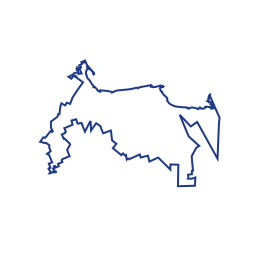 the district of Puerto Peñasco, Sonora, Mexico, rotated 158°
{"feature_id": "50627088B70846464748232", "entity_name": "Puerto Peñasco", "entity_type": "district", "adm_level": 2, "iso_a3": "MEX", "parent_name": "Mexico", "parent_adm1": "Sonora", "projection": "albers", "projection_center": [-113.36, 31.53], "detail": "fine", "context": "isolated", "style": "outline", "palette": "blue", "viewbox_px": 256, "rotation_deg": 158, "n_neighbors": 0, "source": "geoboundaries", "source_scale": "gbopen_adm2", "svg_char_len": 5516}
<svg xmlns="http://www.w3.org/2000/svg" viewBox="0 0 256 256"><g transform="rotate(158 128 128)"><path d="M217.7,115.4L216.7,115.1L213.6,115.5L213.6,114.8L212.4,114.8L212.3,114.2L211.2,114.2L211.2,114.7L212.0,114.8L212.0,116.0L212.6,116.0L212.6,118.4L211.3,118.4L211.2,120.2L210.0,120.2L209.9,118.5L206.4,118.5L206.4,120.9L201.6,121.0L201.6,123.1L200.3,123.7L192.7,123.8L192.7,129.7L192.7,130.4L187.9,134.3L188.1,136.0L190.5,141.2L190.7,141.5L190.7,142.0L190.9,142.2L191.3,142.4L191.4,142.5L191.7,142.4L191.8,146.6L191.8,146.8L188.2,146.9L188.1,147.3L187.0,147.9L187.1,151.7L178.2,151.8L177.6,156.1L172.8,155.5L173.1,150.9L169.2,150.1L169.3,140.7L160.8,148.1L160.3,147.8L163.2,139.5L155.7,144.4L153.5,141.0L152.8,139.8L153.1,137.5L153.0,132.4L144.9,132.1L145.4,129.7L147.4,122.6L144.7,117.7L149.6,115.0L144.3,105.3L142.1,106.3L140.8,103.0L140.1,103.4L141.0,99.2L140.1,99.6L139.4,99.5L138.5,99.2L138.5,98.6L127.0,99.1L127.3,95.9L119.9,94.9L120.7,88.9L111.1,89.3L104.3,73.6L102.4,78.3L95.6,75.4L95.1,75.1L103.5,55.3L87.6,49.4L84.1,56.9L87.9,57.1L91.3,58.5L90.8,58.9L89.8,62.2L86.1,61.2L84.8,64.3L83.7,64.1L83.5,64.9L79.6,77.8L77.3,79.9L71.7,84.3L68.7,84.7L74.8,97.3L74.9,98.4L75.1,120.8L69.2,105.9L61.6,107.7L56.5,66.0L41.9,98.3L39.3,103.1L40.0,127.7L39.2,128.3L38.3,128.6L39.3,128.4L40.4,127.9L41.1,127.2L41.1,126.8L41.3,126.5L41.5,126.5L41.5,126.3L41.6,126.2L41.3,126.2L41.1,126.0L41.1,125.8L41.5,125.2L42.4,124.4L43.2,123.8L44.0,123.5L43.4,123.2L43.8,122.9L43.6,122.8L43.5,122.5L43.4,122.2L43.5,121.8L43.4,121.5L42.7,121.3L42.0,121.4L41.9,120.5L42.1,120.4L42.1,120.2L41.9,120.1L41.9,119.9L42.0,119.7L41.9,119.5L42.1,119.4L42.2,119.2L42.3,118.8L42.1,118.6L42.3,118.6L41.7,117.4L41.5,116.7L41.5,115.9L41.4,115.5L41.2,115.0L41.4,114.2L43.0,114.6L43.1,115.0L43.3,115.2L43.5,115.3L43.5,115.8L43.7,115.7L43.6,116.2L43.9,116.3L44.2,116.6L44.3,116.8L44.6,116.9L44.8,117.1L45.5,117.3L45.6,117.5L45.9,117.7L46.1,117.8L46.5,118.0L47.0,118.2L47.6,118.2L47.8,118.5L48.2,118.7L48.6,118.6L48.7,118.4L48.8,117.9L50.7,117.6L53.0,118.7L53.1,119.6L53.5,120.0L53.9,120.2L54.3,119.9L54.9,119.6L55.5,119.2L55.9,119.1L57.1,120.6L59.8,122.4L60.7,123.0L61.4,123.2L61.7,123.3L62.3,123.3L63.0,123.2L64.5,123.3L64.6,123.5L64.3,123.7L64.3,123.9L64.6,124.1L65.0,124.3L65.5,124.1L65.6,124.3L65.9,124.5L65.9,125.0L66.1,125.2L66.7,125.5L68.4,126.2L71.7,127.9L72.2,128.2L74.0,129.1L75.5,130.0L76.4,130.6L77.4,131.5L78.8,132.9L79.7,134.2L80.1,134.6L80.4,135.1L80.9,136.3L80.9,136.5L80.9,137.3L81.4,138.4L81.3,138.7L81.3,139.0L81.2,139.4L80.6,140.2L80.5,140.5L80.6,141.5L81.1,142.7L82.3,145.1L82.7,146.3L82.8,146.5L82.7,146.9L83.0,147.6L83.3,148.6L83.3,148.8L83.0,148.8L83.0,149.1L83.3,149.2L83.4,149.3L83.6,149.7L83.7,150.2L83.7,150.9L83.7,151.3L83.5,152.2L83.3,152.8L83.4,153.0L82.7,153.5L82.2,153.3L81.9,153.4L81.6,153.5L81.5,153.4L81.2,153.4L80.8,153.0L80.4,152.7L80.2,152.7L79.9,153.0L79.7,153.1L79.9,153.3L80.5,153.7L80.6,153.9L80.5,154.1L80.8,154.1L81.2,154.5L81.3,154.7L81.5,154.8L81.8,155.0L82.1,155.3L82.4,155.3L82.9,155.4L83.1,155.4L83.7,155.4L83.9,155.4L84.5,155.4L87.1,155.8L88.6,156.2L89.5,156.5L90.0,156.8L90.5,157.3L90.5,157.5L90.5,158.0L90.8,158.2L90.9,157.8L91.2,157.8L91.1,158.0L91.2,158.3L90.9,158.4L90.6,158.3L90.4,158.2L90.2,158.1L90.1,158.4L90.2,158.7L90.5,159.0L91.0,159.4L91.9,159.4L102.5,161.5L102.9,161.5L103.2,161.3L103.3,161.1L104.0,161.1L104.2,161.7L104.8,162.0L105.4,162.2L109.0,162.7L111.3,163.2L113.0,163.6L116.5,164.6L117.2,164.9L120.2,165.7L121.9,166.2L123.7,166.8L124.3,166.9L124.6,166.9L125.2,166.9L125.4,167.0L126.8,167.0L127.3,167.1L127.7,167.1L127.9,167.0L128.1,167.0L128.2,166.8L129.8,166.9L129.9,167.5L130.3,168.1L131.9,169.3L134.9,170.9L135.6,171.3L138.2,172.6L139.8,173.5L140.0,173.3L140.2,172.8L140.2,172.1L140.9,172.4L141.9,173.7L142.3,174.9L142.3,175.7L142.7,176.6L143.0,177.2L143.3,178.3L143.9,178.5L144.7,178.8L144.3,179.3L144.4,180.2L144.3,180.5L144.5,180.8L144.7,181.1L145.0,182.4L145.3,183.8L145.3,184.5L145.5,185.3L145.7,186.5L146.0,187.1L146.1,187.7L146.5,188.4L146.9,189.5L146.9,191.1L146.7,191.6L146.8,192.3L146.7,193.0L146.6,193.3L146.7,193.5L146.5,193.8L146.5,194.7L145.8,195.9L144.8,197.1L143.9,197.5L143.3,198.5L143.1,199.8L142.8,199.6L142.5,199.0L142.2,197.9L141.7,197.5L141.8,197.1L141.3,196.9L140.1,194.4L139.7,192.9L140.1,191.1L139.8,190.5L139.4,190.6L139.2,190.7L139.0,190.9L138.9,191.3L139.1,192.1L139.3,193.0L139.8,194.3L140.6,196.2L140.9,197.1L141.4,198.6L142.1,200.6L142.2,201.1L142.4,202.2L142.5,202.8L142.6,203.2L142.5,204.0L142.5,204.7L142.6,205.7L142.6,203.5L142.8,205.4L142.6,206.6L143.8,206.6L143.8,205.4L144.4,205.3L144.5,206.6L146.5,206.6L146.4,204.7L149.7,204.4L149.1,203.2L148.9,203.1L148.7,202.3L149.0,201.5L149.3,201.4L150.1,201.6L151.1,202.2L151.7,202.7L151.8,203.0L152.2,203.2L152.2,202.2L153.6,202.2L153.6,200.8L151.8,200.4L151.8,200.6L150.8,200.1L150.7,198.8L150.6,198.3L150.6,195.9L153.2,196.6L153.7,196.6L153.7,197.8L153.1,197.8L153.1,198.6L158.0,198.9L158.3,198.2L163.9,197.8L162.1,194.9L158.6,196.8L157.7,195.4L157.0,195.8L156.7,195.1L157.3,194.7L152.6,187.2L160.4,182.3L168.1,176.9L172.6,172.0L175.3,174.4L177.8,172.4L180.5,175.8L182.6,173.4L186.4,166.5L187.4,167.1L189.3,164.8L197.1,162.8L199.3,157.1L199.0,153.1L200.0,152.8L200.2,154.3L201.4,153.9L208.4,149.9L210.0,151.1L213.5,148.8L214.6,148.1L212.2,146.3L211.1,145.3L209.7,145.1L207.4,141.5L208.4,139.2L208.4,135.4L212.8,134.4L212.6,133.8L211.3,133.1L211.2,124.5L214.8,124.6L214.8,120.2L216.5,120.2L216.6,120.3L216.9,120.2L216.4,116.2L217.7,115.4Z" fill="none" stroke="#1e3a8a" stroke-width="2"/></g></svg>